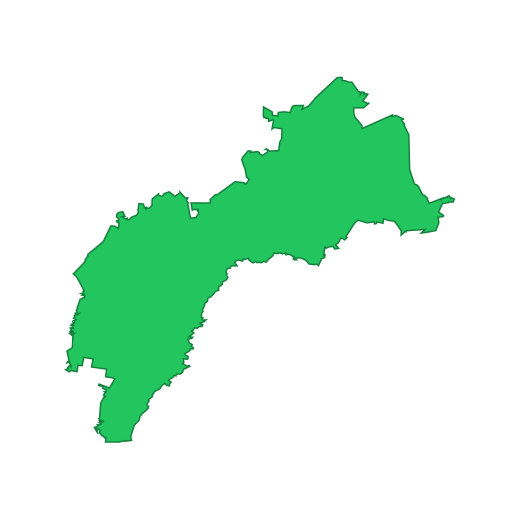 outline of Ocozocoautla de Espinosa, Chiapas, Mexico, rotated 262°
{"feature_id": "50627088B54254401995416", "entity_name": "Ocozocoautla de Espinosa", "entity_type": "district", "adm_level": 2, "iso_a3": "MEX", "parent_name": "Mexico", "parent_adm1": "Chiapas", "projection": "robinson", "projection_center": [-93.582, 16.795], "detail": "fine", "context": "isolated", "style": "filled", "palette": "green", "viewbox_px": 512, "rotation_deg": 262, "n_neighbors": 0, "source": "geoboundaries", "source_scale": "gbopen_adm2", "svg_char_len": 6016}
<svg xmlns="http://www.w3.org/2000/svg" viewBox="0 0 512 512"><g transform="rotate(262 256 256)"><path d="M394.0,282.8L391.8,283.2L391.9,284.8L391.0,285.1L390.7,287.3L387.6,287.3L388.6,291.8L387.9,292.3L379.5,289.5L380.7,291.8L378.3,299.5L368.5,297.7L365.2,295.3L357.3,293.2L357.9,284.0L360.5,281.7L360.3,280.4L359.1,282.6L357.2,281.7L354.7,276.6L356.8,273.5L357.6,273.8L359.2,272.2L359.3,264.9L360.4,265.7L361.3,262.9L355.8,256.8L353.3,255.2L343.2,257.3L335.4,257.6L332.8,259.9L329.3,256.8L328.6,255.2L330.2,254.5L332.5,245.6L322.0,226.1L322.3,224.2L318.3,218.5L314.8,218.2L317.6,199.1L310.3,199.2L310.9,201.6L310.3,202.2L310.4,205.1L308.9,205.2L309.1,204.5L306.3,205.3L302.5,201.9L302.5,196.4L318.3,195.7L318.2,196.2L320.2,194.9L323.2,196.5L323.3,194.0L329.8,189.7L329.2,189.7L326.3,183.9L331.6,179.1L330.6,173.8L329.3,172.9L328.2,170.7L329.6,168.2L331.1,168.2L326.9,161.2L320.3,159.9L318.2,156.7L318.4,155.0L319.2,154.6L318.2,154.0L318.9,153.7L318.5,153.2L319.4,153.1L319.2,152.1L323.1,151.8L324.2,147.4L317.7,145.5L315.3,145.5L313.9,144.4L313.0,143.3L311.7,138.1L309.8,135.8L309.8,133.7L311.3,133.8L310.8,132.3L313.6,128.6L313.5,131.7L318.5,130.2L318.1,125.9L316.8,124.1L314.1,123.3L311.8,125.5L310.3,124.9L310.4,122.9L308.5,123.3L308.0,125.1L302.5,123.5L305.3,120.1L305.9,116.4L291.3,106.6L281.0,89.7L279.4,89.4L276.0,86.3L273.7,85.5L263.7,72.6L260.4,75.4L251.4,78.9L246.1,80.7L245.4,79.9L244.6,80.7L243.4,79.4L243.1,77.8L242.2,80.3L241.4,78.4L240.3,81.0L239.5,81.0L238.7,80.2L238.5,78.2L237.6,77.5L237.6,75.8L229.5,71.7L228.6,72.0L227.2,70.5L223.9,71.1L223.7,73.0L222.7,70.7L224.2,70.1L224.6,69.1L223.8,68.9L223.0,69.9L222.1,67.6L220.6,67.8L219.8,66.8L219.3,68.4L217.9,69.2L217.5,66.6L217.0,67.2L215.1,67.0L214.8,66.2L215.7,65.5L213.8,65.4L214.0,63.8L213.2,64.2L213.6,65.4L213.0,65.8L212.9,63.6L212.3,64.5L209.8,65.1L210.7,63.7L209.4,63.1L210.5,62.8L210.5,62.0L208.6,63.0L207.2,61.4L206.8,62.4L206.0,61.4L206.1,62.2L205.5,62.5L206.2,62.8L205.4,62.9L208.1,63.4L206.3,63.7L207.2,64.7L204.7,63.8L204.6,65.5L203.6,63.9L204.4,61.5L202.1,63.5L191.4,61.5L190.4,60.8L188.2,55.6L177.5,56.3L177.6,54.5L176.5,53.9L176.9,55.9L175.9,57.0L175.1,56.6L173.4,57.7L171.9,57.5L173.6,56.6L171.9,54.0L170.7,54.3L169.9,51.7L167.3,54.9L168.4,56.7L166.4,62.6L172.7,64.7L171.5,68.6L179.5,71.3L176.8,80.4L169.0,77.7L164.8,92.3L157.3,90.3L155.3,97.2L154.0,99.1L145.7,92.5L151.0,82.8L149.7,82.2L147.9,86.5L146.1,85.8L144.6,89.0L142.8,88.7L142.7,87.2L142.1,88.1L139.6,85.6L138.1,87.2L136.9,86.3L137.3,85.6L131.8,81.7L117.6,78.6L116.6,77.7L115.4,78.6L115.0,78.2L115.0,79.4L114.2,79.6L114.7,80.3L113.5,81.8L112.5,80.1L113.4,81.2L114.2,79.1L113.0,77.5L112.4,78.1L112.7,79.0L112.3,78.4L111.4,79.2L111.1,79.0L111.7,78.7L110.5,77.1L110.9,75.6L110.1,76.1L109.1,74.8L108.7,72.1L103.6,74.2L107.2,74.8L105.5,77.3L102.4,76.1L102.3,76.9L99.3,78.5L99.3,79.4L96.9,81.0L97.3,81.8L96.7,82.2L92.8,81.1L90.8,94.8L91.4,100.4L90.8,100.4L90.7,107.1L94.5,106.8L105.4,111.9L109.5,117.3L113.3,118.8L115.3,120.9L120.2,128.0L122.1,128.6L123.3,127.3L124.5,127.3L127.3,129.9L129.0,129.6L130.9,133.6L133.5,134.2L134.1,135.6L135.8,136.3L138.0,142.5L140.7,144.6L142.5,147.9L140.5,149.3L139.4,152.2L141.2,152.5L143.0,154.4L144.9,152.1L145.8,152.9L147.5,157.0L149.0,157.8L148.4,160.2L149.6,160.3L150.2,161.2L149.6,163.9L150.3,166.0L151.6,167.5L153.7,168.0L155.9,175.0L156.6,174.8L156.6,172.5L159.5,168.3L160.5,169.7L164.3,169.7L163.2,173.7L164.1,174.5L166.0,174.8L167.5,172.5L169.3,172.1L171.4,177.3L173.1,177.7L172.8,181.1L174.2,180.9L175.6,179.3L177.1,180.5L179.2,178.0L182.4,176.8L182.9,177.1L183.4,181.0L184.4,182.0L185.3,178.5L188.4,183.8L190.6,181.6L191.4,183.7L193.6,185.1L192.5,187.4L193.9,189.8L193.8,192.8L195.3,193.8L196.5,191.3L197.5,191.3L198.0,195.1L199.7,197.5L199.9,194.2L200.9,193.6L202.0,195.0L203.1,193.3L207.0,194.3L208.7,195.9L210.2,195.5L214.1,198.1L216.7,199.0L217.8,201.7L221.0,202.4L221.8,205.6L226.7,211.2L227.3,214.3L230.4,214.6L232.7,218.8L234.8,218.8L236.6,223.5L238.7,225.2L240.9,224.1L242.6,224.9L243.7,224.0L247.0,225.2L247.6,226.6L247.5,228.7L249.2,229.5L249.6,230.6L248.9,235.9L252.5,234.1L253.5,234.7L254.7,238.2L252.8,241.6L253.6,242.6L254.7,242.6L254.2,245.6L255.0,248.2L252.9,248.5L249.6,252.2L250.6,255.0L249.3,256.0L249.4,258.2L248.6,259.8L249.6,263.0L248.4,265.2L250.9,267.7L253.9,272.8L256.5,274.2L255.6,276.5L255.6,280.7L254.3,282.4L255.0,285.6L254.5,286.1L253.1,285.7L252.9,286.5L253.6,287.7L251.8,291.3L250.5,292.1L250.4,293.5L248.0,292.6L247.9,293.2L247.0,293.2L246.6,295.5L248.5,294.2L247.8,300.3L244.6,305.1L240.7,307.4L239.4,312.0L239.4,315.2L237.8,316.5L244.3,320.7L244.8,323.7L247.4,324.5L247.2,323.2L255.1,325.3L255.4,325.9L254.0,326.5L254.9,329.8L254.7,333.6L251.9,335.1L252.1,338.9L256.2,336.5L257.7,339.6L261.8,342.2L261.5,343.9L259.6,346.0L261.5,348.8L262.8,347.8L274.8,358.2L277.3,361.9L273.3,370.7L273.5,377.8L271.3,377.8L271.4,379.8L273.0,380.4L270.8,386.3L275.1,387.5L272.5,392.8L271.6,397.0L270.4,398.5L260.5,403.4L256.5,402.6L259.7,407.4L259.0,408.0L260.1,408.6L258.8,427.2L255.7,422.8L255.7,428.8L256.2,437.6L263.5,441.7L269.0,441.6L269.0,446.8L270.1,447.3L274.1,443.0L282.0,447.9L282.1,454.1L282.6,454.3L282.0,458.7L284.8,460.3L287.0,456.7L286.4,456.5L288.8,455.5L288.3,453.9L287.6,453.7L287.9,452.9L287.2,450.8L287.7,449.6L286.9,449.0L287.1,447.9L285.8,447.3L286.8,446.7L284.1,435.0L288.3,433.4L289.1,433.9L292.7,431.2L293.2,429.5L301.6,426.8L304.1,425.2L305.2,422.9L320.3,420.2L354.7,424.2L365.3,420.8L366.0,421.5L370.0,419.1L371.1,419.6L370.8,421.6L375.7,414.2L375.0,410.2L376.7,410.8L367.5,378.8L370.6,379.0L379.8,373.3L384.1,372.7L389.1,373.4L387.8,383.0L391.8,389.5L391.6,387.5L394.6,383.3L400.6,389.3L401.6,387.5L400.9,385.4L402.9,385.9L403.7,383.7L401.4,381.8L403.9,382.0L404.4,380.4L414.8,375.1L415.4,371.6L417.1,369.0L417.7,365.8L420.4,366.2L421.0,365.6L421.3,361.2L405.0,337.9L397.4,329.3L394.9,322.1L398.5,323.9L399.7,314.4L398.5,312.4L393.3,309.7L394.8,304.1L395.1,298.0L391.6,297.2L393.1,291.8L396.4,292.1L402.6,284.2L394.0,282.8Z" fill="#22c55e" stroke="#15803d" stroke-width="1.5"/></g></svg>